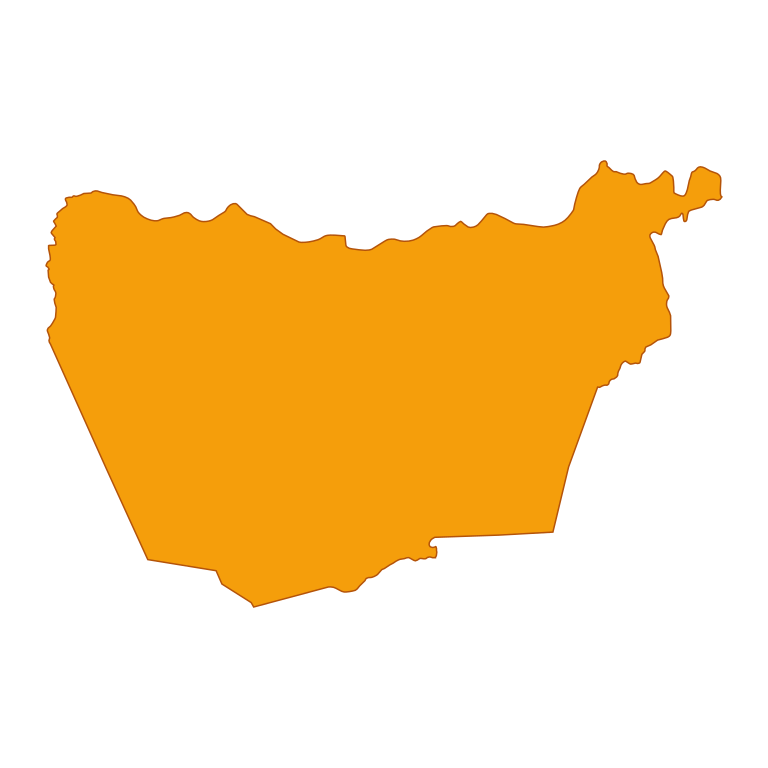 Talgua, Lempira, Honduras (Robinson projection)
{"feature_id": "27666195B88507723108763", "entity_name": "Talgua", "entity_type": "district", "adm_level": 2, "iso_a3": "HND", "parent_name": "Honduras", "parent_adm1": "Lempira", "projection": "robinson", "projection_center": [-88.718, 14.682], "detail": "fine", "context": "isolated", "style": "filled", "palette": "amber", "viewbox_px": 768, "rotation_deg": 0, "n_neighbors": 0, "source": "geoboundaries", "source_scale": "gbopen_adm2", "svg_char_len": 6035}
<svg xmlns="http://www.w3.org/2000/svg" viewBox="0 0 768 768"><path d="M112.9,194.8L101.9,192.5L97.4,191.0L95.2,190.9L92.8,191.6L91.2,192.9L90.6,193.1L83.8,193.5L80.5,195.1L77.2,196.2L75.8,196.4L74.6,196.0L73.9,195.9L73.2,196.1L72.4,197.0L71.8,197.3L69.0,197.3L66.1,198.0L65.5,198.6L65.4,199.4L65.7,200.5L66.5,201.9L66.8,203.0L67.1,204.7L66.9,205.5L65.6,206.8L62.6,208.6L57.4,213.1L56.9,214.0L57.4,215.8L57.3,217.4L55.5,219.0L53.6,221.1L53.8,221.8L54.8,223.3L56.2,226.1L52.1,230.7L51.5,231.8L51.2,232.7L51.7,233.6L55.0,237.5L55.0,237.8L54.5,238.5L54.4,239.1L54.6,239.8L55.7,241.5L56.0,244.4L55.6,244.9L54.6,245.2L49.1,245.4L48.6,245.7L48.6,248.8L50.0,255.5L50.3,258.1L50.3,259.4L50.1,260.2L49.8,260.6L48.3,261.5L47.4,262.4L46.6,264.0L46.1,265.3L46.3,266.1L47.8,267.1L49.0,268.9L49.0,269.5L48.3,269.9L48.1,270.3L48.6,277.1L50.5,282.3L52.3,284.0L53.5,284.7L53.9,285.1L53.8,285.5L53.4,286.1L53.6,287.8L54.2,289.6L55.5,291.7L55.9,293.4L55.5,296.4L55.1,297.7L54.3,298.9L54.2,299.6L54.8,303.1L56.2,307.4L56.0,311.8L55.5,317.4L54.9,318.9L52.6,323.0L50.5,326.1L48.2,328.1L47.7,329.1L47.3,330.1L47.5,331.3L48.6,334.1L49.6,337.4L49.6,338.3L49.0,340.4L49.3,342.1L50.5,344.2L106.4,468.8L147.8,559.6L216.1,570.7L221.9,584.0L251.2,602.6L253.7,607.0L328.3,587.0L330.5,586.9L333.5,587.3L335.8,588.2L341.7,591.3L344.2,592.0L346.0,592.0L349.5,591.6L352.7,591.0L355.3,590.3L357.2,588.9L359.7,585.8L365.0,580.6L365.7,579.1L366.4,578.4L368.3,577.6L370.7,577.5L371.9,577.3L374.1,576.5L376.2,575.4L377.5,574.5L381.8,569.6L384.4,568.5L389.8,564.9L393.2,563.1L396.0,561.2L398.7,559.8L400.1,559.3L404.5,558.6L406.7,557.8L408.5,557.6L409.3,557.8L414.0,560.4L415.4,560.8L417.3,560.1L419.8,558.5L420.9,558.4L423.8,558.8L425.1,558.8L426.1,558.5L427.4,557.5L429.2,557.0L430.2,557.0L432.6,557.7L435.5,557.7L435.6,556.8L436.3,555.9L436.4,555.3L436.8,552.1L436.5,550.6L436.5,548.5L436.0,546.8L435.5,546.6L434.7,547.1L432.8,547.5L431.0,547.1L430.2,546.7L429.7,546.1L429.3,545.3L429.1,544.2L429.4,542.4L430.8,540.1L432.2,538.8L434.8,537.3L498.8,535.1L552.9,532.1L568.6,466.9L597.6,387.1L599.7,387.3L602.3,385.9L603.7,385.4L605.0,385.1L606.6,385.2L607.5,385.0L608.7,383.9L609.3,381.5L610.4,380.1L611.8,379.2L614.1,378.8L616.5,377.1L617.6,375.6L617.9,372.9L618.6,370.9L619.9,368.4L620.9,365.2L622.0,363.4L623.5,362.0L624.7,361.3L625.6,361.1L629.6,363.7L630.7,364.1L632.6,363.8L635.5,363.1L637.8,363.5L639.5,363.0L639.9,362.6L640.2,361.6L641.9,354.3L644.7,351.3L644.9,350.7L645.0,348.7L645.9,347.0L650.9,344.8L657.6,340.1L662.9,338.7L667.7,337.2L669.4,336.1L670.3,334.8L670.6,333.4L670.8,330.9L670.6,315.7L669.4,312.2L667.2,307.7L666.7,306.1L666.5,304.1L666.8,301.3L667.2,300.2L668.5,298.1L668.8,296.7L668.8,295.8L664.3,288.0L663.4,285.8L662.8,283.2L662.6,278.2L661.7,272.5L658.1,256.4L655.4,249.7L654.8,246.9L654.2,245.3L650.2,237.8L649.8,236.1L650.0,234.8L650.6,233.9L651.6,233.0L652.8,232.3L653.8,232.1L655.5,232.2L659.2,234.1L661.0,234.6L661.5,234.0L662.5,230.1L665.3,223.8L667.1,221.0L668.9,219.4L671.4,218.5L676.6,217.7L678.3,217.1L679.7,216.1L681.0,214.0L681.7,213.3L682.1,213.3L682.6,213.7L683.0,214.6L683.4,218.4L683.9,221.0L684.5,221.5L685.5,221.4L686.3,220.8L686.8,219.7L687.6,214.6L688.6,211.7L689.2,211.0L691.4,210.0L701.4,207.2L702.5,206.7L704.1,205.3L706.7,201.1L707.4,200.4L710.1,199.6L713.1,199.3L714.3,199.4L717.0,200.3L718.5,200.2L720.2,199.2L721.9,196.9L720.8,195.8L720.4,193.7L720.3,190.0L720.8,180.7L720.6,177.8L719.9,176.1L718.6,174.6L717.0,173.5L710.1,171.0L705.0,168.1L702.7,167.2L700.3,166.8L698.7,167.2L697.5,168.0L696.0,169.8L694.9,170.8L693.9,171.4L692.3,172.0L691.9,172.4L691.4,173.6L690.7,176.6L689.3,180.6L687.4,189.4L686.2,192.9L685.4,194.5L684.5,195.5L683.7,196.0L682.3,196.1L680.5,195.8L678.0,194.9L675.6,193.8L674.1,192.9L673.8,191.6L673.8,187.5L673.4,180.9L672.8,177.1L672.3,176.2L670.5,174.6L667.8,172.4L666.1,171.3L665.2,171.0L664.4,171.3L662.7,173.0L659.6,176.6L657.6,178.4L655.4,179.9L650.2,183.0L649.1,183.4L646.0,183.6L641.9,184.4L640.0,184.4L638.2,183.6L636.8,182.3L635.1,178.8L634.2,175.6L633.7,174.9L633.1,174.3L631.1,173.5L628.8,173.2L627.3,173.3L625.3,174.2L623.6,174.1L620.3,173.3L616.3,171.7L614.0,171.7L613.4,171.5L611.7,170.3L609.0,167.6L607.3,166.4L607.0,165.7L607.1,163.7L606.1,161.6L605.2,161.0L603.8,161.0L601.6,161.9L600.8,162.6L600.0,163.7L599.4,165.1L599.3,167.3L598.8,169.3L597.6,171.9L596.4,173.6L595.1,174.8L591.8,177.1L584.1,184.4L581.1,186.8L579.8,188.3L578.2,192.0L576.5,197.4L574.7,204.2L573.7,209.4L573.3,210.4L571.2,213.4L567.9,217.5L565.0,220.3L562.1,222.3L558.4,224.1L554.7,225.3L551.9,225.9L548.1,226.6L543.5,227.1L538.2,226.6L523.7,224.4L516.2,223.9L514.7,223.6L512.9,222.8L505.1,218.6L496.4,214.5L492.2,213.4L489.2,213.4L487.9,213.7L486.7,214.6L481.5,220.9L477.9,224.8L475.8,226.2L473.4,227.1L470.4,227.5L468.1,227.0L464.0,224.1L461.6,221.9L460.7,221.4L459.1,222.2L457.4,223.5L455.1,225.7L453.4,226.4L450.5,226.5L447.7,225.7L446.5,225.6L441.3,225.9L433.7,226.9L432.2,227.5L426.8,231.1L421.6,235.5L419.2,237.3L416.4,238.8L413.3,240.1L408.8,241.1L404.2,241.3L400.4,240.9L394.6,239.2L391.7,239.1L388.6,239.4L387.0,239.9L384.8,241.1L371.7,249.3L369.2,250.0L365.2,250.3L359.1,249.8L352.2,248.9L349.3,248.3L347.3,247.2L346.4,246.4L345.9,245.3L345.0,236.5L344.6,235.9L335.4,235.2L330.5,235.1L327.8,235.3L326.2,235.6L324.3,236.3L320.3,238.7L318.1,239.7L313.5,241.0L308.9,241.9L305.3,242.3L301.0,242.4L298.9,242.0L283.0,234.3L275.7,229.0L270.5,223.7L254.5,216.7L250.4,215.7L247.1,214.4L237.0,204.3L235.7,203.6L233.2,203.7L230.6,204.8L229.2,205.9L227.8,207.3L226.8,208.7L225.7,210.8L224.6,211.9L218.7,215.5L212.6,219.7L210.5,220.6L208.7,221.1L206.2,221.5L203.4,221.6L201.4,221.4L199.2,220.8L196.6,219.5L193.5,217.4L192.4,216.3L190.7,214.3L189.5,213.4L188.1,212.7L186.4,212.5L184.2,212.9L179.6,215.3L174.2,216.9L170.9,217.6L163.9,218.4L162.2,218.9L158.2,220.6L156.5,220.8L154.5,220.8L151.0,220.2L147.3,218.9L143.8,217.2L141.1,215.2L139.3,213.5L138.0,211.9L137.3,210.5L135.8,206.9L133.9,204.0L130.6,200.1L128.2,198.3L124.8,196.8L121.4,195.9L112.9,194.8Z" fill="#f59e0b" stroke="#b45309" stroke-width="1.5"/></svg>